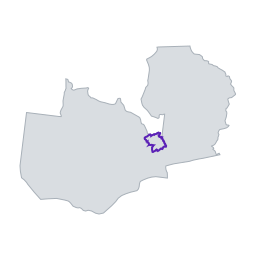 Mkushi, Central, Zambia (highlighted), rotated 7°
{"feature_id": "96606910B76461295717926", "entity_name": "Mkushi", "entity_type": "district", "adm_level": 2, "iso_a3": "ZMB", "parent_name": "Zambia", "parent_adm1": "Central", "projection": "mercator", "projection_center": [29.248, -13.765], "detail": "medium", "context": "in_parent", "style": "outline", "palette": "violet", "viewbox_px": 256, "rotation_deg": 7, "n_neighbors": 0, "source": "geoboundaries", "source_scale": "gbopen_adm2", "svg_char_len": 5316}
<svg xmlns="http://www.w3.org/2000/svg" viewBox="0 0 256 256"><g transform="rotate(7 128 128)"><path d="M173.2,172.9L161.5,172.9L157.3,173.9L153.8,175.3L149.6,177.6L147.2,179.2L146.5,180.1L146.2,182.0L146.2,185.0L145.8,187.2L144.5,189.1L138.2,191.5L134.0,193.5L130.0,195.8L126.9,198.8L124.8,202.5L121.3,207.1L114.0,215.4L109.7,216.9L106.2,216.5L101.9,214.8L98.5,214.5L96.0,215.6L93.6,215.2L91.5,213.5L89.7,212.9L88.3,213.4L86.4,213.3L83.0,212.3L80.1,209.4L78.5,208.2L77.3,207.7L73.8,207.2L65.7,206.6L57.4,208.0L50.0,209.5L42.6,203.0L35.4,196.1L33.9,194.3L31.2,192.0L29.2,190.9L28.4,190.3L26.5,184.2L25.4,178.6L25.4,125.0L58.2,125.0L60.3,124.8L60.4,124.2L58.9,121.4L58.9,120.4L59.3,118.4L60.8,114.6L60.9,113.3L60.2,109.1L60.3,106.8L60.6,102.1L60.4,100.5L61.2,98.4L61.4,96.9L61.7,96.3L61.4,94.7L60.7,89.1L60.3,86.8L62.3,87.1L62.9,88.3L63.3,89.5L64.2,89.6L66.5,90.4L67.3,91.4L67.9,93.6L67.6,94.8L66.8,95.7L67.6,96.5L69.1,97.1L70.0,96.9L72.7,95.4L75.1,94.8L76.3,94.4L81.7,93.4L82.8,92.9L83.5,92.9L84.1,93.3L83.6,94.9L83.4,96.3L84.1,99.0L84.6,100.2L85.7,101.1L86.6,101.6L87.5,102.6L89.3,102.4L93.5,103.8L94.7,104.4L96.5,105.0L97.7,105.3L102.0,105.7L106.5,106.5L108.9,106.6L110.5,106.4L111.7,106.0L112.4,105.6L112.7,105.2L114.4,100.1L115.3,99.7L116.4,99.5L117.0,99.9L117.8,103.1L121.0,106.0L122.1,108.4L123.0,110.5L123.7,111.1L124.9,111.8L126.9,112.0L128.7,112.1L137.4,115.7L138.4,116.3L139.5,118.2L140.1,120.3L140.8,122.0L142.0,122.4L143.0,122.5L144.0,123.6L144.7,124.7L147.3,128.9L147.7,130.5L149.0,131.6L150.7,132.1L152.3,132.2L153.2,131.7L155.4,130.8L157.2,129.8L158.4,129.5L159.2,129.7L159.8,130.4L160.2,132.5L161.4,133.2L162.3,132.9L162.7,132.1L162.7,131.7L162.7,109.8L161.9,109.9L160.9,110.6L158.5,110.6L157.6,111.1L157.4,111.8L157.5,112.7L157.6,113.9L157.2,114.5L156.2,114.8L154.8,114.3L152.1,113.7L149.8,113.3L148.3,111.6L146.1,109.2L144.7,107.9L141.2,105.4L140.7,104.8L139.6,103.6L138.7,101.6L137.9,99.2L137.4,97.7L138.3,95.4L140.3,87.9L140.7,85.5L142.4,83.2L142.5,81.0L141.8,78.3L142.0,76.8L142.2,68.2L141.8,65.5L140.6,62.5L138.2,58.3L138.2,57.4L142.0,54.7L143.1,53.7L145.1,51.5L146.4,49.6L147.3,48.1L147.6,46.1L146.9,44.3L148.2,43.9L179.5,39.1L179.9,40.4L180.9,42.5L181.9,44.1L183.3,45.4L184.4,46.3L185.2,46.5L190.0,46.4L191.7,47.3L193.2,48.3L193.6,50.0L194.6,51.0L195.7,51.8L196.1,51.9L196.9,51.7L198.2,51.7L199.4,52.0L200.0,52.4L200.0,53.8L200.4,54.4L202.0,54.6L203.7,54.7L205.3,55.7L207.0,55.8L209.0,56.2L209.9,57.2L212.1,58.2L214.7,59.2L217.5,60.7L217.6,61.1L218.1,62.0L218.6,62.7L218.6,63.6L218.9,64.5L219.6,64.7L220.2,64.8L220.8,64.1L221.6,64.2L222.4,64.6L222.7,65.6L223.3,66.9L224.4,67.9L225.1,68.8L224.9,70.4L224.4,71.9L225.9,73.4L227.7,74.8L228.2,75.4L228.4,77.5L228.7,78.2L229.9,79.9L230.6,81.1L230.5,81.8L227.1,85.2L225.0,85.7L224.1,86.4L223.5,87.2L224.9,90.6L225.6,91.9L225.0,93.5L223.7,96.3L223.0,96.6L222.9,98.7L223.3,99.4L224.0,100.0L224.3,101.5L224.2,105.0L223.4,109.0L224.9,112.5L225.5,112.9L227.6,112.9L228.0,113.2L227.4,114.3L225.9,115.8L223.2,117.0L219.3,118.3L218.5,119.6L218.0,121.5L218.4,122.6L219.0,123.2L218.8,124.8L218.4,126.5L218.6,127.9L218.4,129.0L217.9,129.6L217.2,131.4L216.4,133.2L215.7,134.1L214.7,134.9L213.2,135.6L213.2,136.0L214.9,136.8L215.4,137.4L215.6,137.8L214.8,138.7L215.6,139.3L216.6,139.7L217.6,140.9L218.6,143.2L218.8,143.4L219.1,143.5L219.7,143.2L220.8,142.3L221.6,142.0L222.5,143.3L206.2,148.9L202.4,150.0L196.6,152.0L194.8,152.8L193.3,153.5L178.1,157.9L175.7,158.8L170.3,161.0L170.2,161.4L170.2,162.4L170.7,164.5L171.6,166.4L172.4,167.5L172.9,170.4L173.2,172.9Z" fill="#d9dde1" stroke="#a8b0b8" stroke-width="1"/><path d="M151.0,142.1L151.3,141.9L151.5,142.2L152.3,142.2L153.5,141.8L154.1,141.9L154.3,142.0L154.8,141.9L155.2,142.0L155.5,142.0L155.4,142.1L154.9,143.4L154.3,144.0L154.2,144.4L154.4,145.0L154.4,145.6L154.5,146.6L154.9,147.7L155.2,148.7L155.6,148.8L155.8,148.7L156.5,148.1L157.9,147.2L158.7,146.9L158.4,146.4L158.9,145.9L159.2,146.1L159.5,146.1L159.9,146.8L160.4,147.2L161.4,146.4L162.7,144.9L163.3,144.8L163.4,144.5L163.7,144.5L163.7,144.3L164.3,144.4L164.3,144.5L164.7,144.6L164.9,144.2L164.9,143.8L165.1,143.6L165.2,142.9L166.0,142.1L166.4,142.1L166.6,141.9L166.9,142.0L167.2,141.8L167.8,142.0L168.0,141.9L168.0,141.7L167.8,141.7L167.6,141.5L167.7,141.0L167.5,140.8L167.6,140.6L167.4,140.5L167.2,140.0L166.7,139.6L166.6,139.3L166.4,139.0L166.5,138.8L165.8,138.4L165.7,138.1L165.6,137.8L165.5,137.1L165.0,136.8L165.1,136.7L164.9,136.2L164.4,136.1L164.4,135.8L163.6,135.0L163.5,134.4L162.7,134.3L163.0,133.0L162.7,133.0L162.3,132.8L161.5,133.3L161.0,133.1L160.5,132.6L160.2,132.9L159.9,132.8L159.5,132.3L159.5,131.9L159.3,131.5L160.1,131.3L160.2,130.8L160.1,130.3L160.6,129.6L160.5,129.2L159.8,129.4L159.1,128.9L158.9,128.8L157.6,129.5L157.3,129.9L156.5,130.6L155.5,130.9L155.1,130.9L154.9,131.4L154.5,131.2L154.2,131.2L153.9,131.7L153.4,131.9L152.4,132.6L151.9,133.1L151.7,132.4L151.2,131.8L150.8,131.6L149.8,132.1L149.4,132.3L150.0,132.3L149.2,132.8L147.9,134.2L147.1,134.5L145.8,135.5L145.8,136.3L146.1,137.0L146.6,137.2L146.9,137.5L147.4,137.7L147.8,138.3L147.9,138.7L148.0,139.0L148.3,138.9L148.4,139.1L148.7,139.1L148.8,139.4L149.0,139.2L149.0,139.5L149.3,139.6L149.5,139.9L149.8,140.0L150.0,140.4L150.2,140.7L150.4,140.7L150.4,140.9L150.6,141.0L150.9,141.4L151.1,141.9L151.0,142.1Z" fill="none" stroke="#5b21b6" stroke-width="2"/></g></svg>